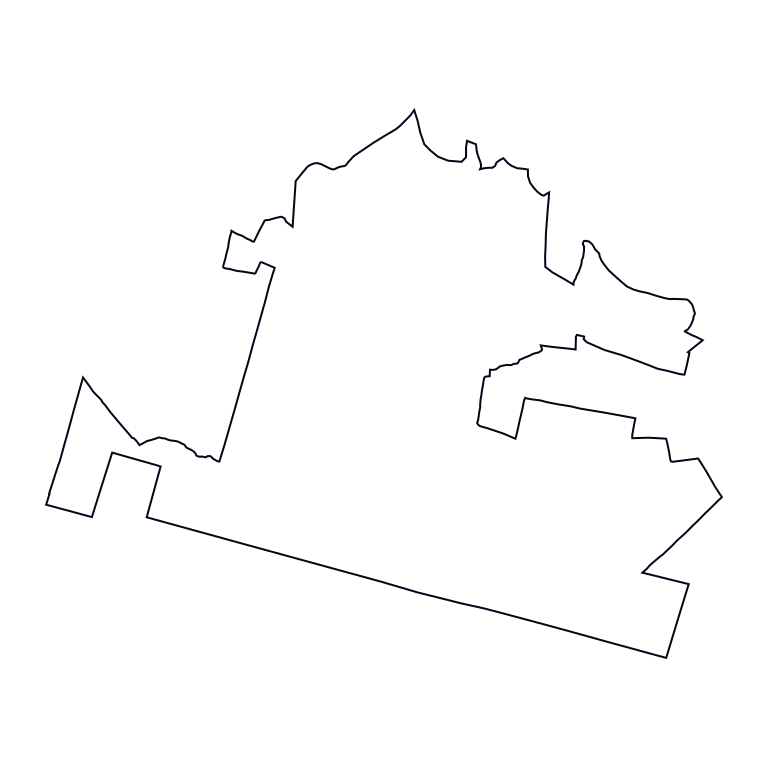 Osica De Jos, Olt, Romania
{"feature_id": "2599482B95058280592658", "entity_name": "Osica De Jos", "entity_type": "district", "adm_level": 2, "iso_a3": "ROU", "parent_name": "Romania", "parent_adm1": "Olt", "projection": "natural_earth1", "projection_center": [24.282, 44.226], "detail": "fine", "context": "isolated", "style": "outline", "palette": "ink", "viewbox_px": 768, "rotation_deg": 0, "n_neighbors": 0, "source": "geoboundaries", "source_scale": "gbopen_adm2", "svg_char_len": 5684}
<svg xmlns="http://www.w3.org/2000/svg" viewBox="0 0 768 768"><path d="M666.2,657.9L676.6,623.6L682.4,604.6L685.6,594.3L688.7,584.1L669.9,579.5L642.4,572.7L646.9,568.7L650.0,565.1L655.7,560.2L660.1,556.5L662.9,554.5L666.8,550.7L672.1,545.7L677.2,540.4L685.6,532.9L692.2,526.2L696.8,521.8L701.0,517.6L705.4,513.1L709.6,509.1L715.5,503.3L718.5,500.3L721.9,497.2L721.6,496.6L720.2,494.6L715.1,486.8L709.9,477.7L707.4,473.3L703.5,466.9L700.6,462.3L698.1,458.5L682.0,460.6L672.7,461.8L670.9,461.4L670.3,459.6L669.6,455.3L669.1,452.0L668.4,448.6L667.4,443.6L666.1,438.7L659.9,438.3L648.5,437.7L632.3,438.2L632.2,435.3L634.1,424.6L635.4,418.3L604.9,412.7L600.8,412.0L585.5,409.5L580.2,408.6L571.5,406.5L564.8,405.4L559.0,404.5L547.1,402.2L540.4,400.4L531.5,399.3L526.5,398.4L525.1,397.9L523.9,401.1L522.5,408.6L520.3,418.0L519.5,421.2L518.1,427.9L517.4,431.0L516.0,436.6L515.4,438.7L503.7,433.7L494.3,430.5L487.4,428.2L480.2,426.2L478.2,424.8L477.2,422.9L478.2,419.5L479.1,413.4L479.3,411.5L479.8,409.3L480.2,407.3L480.1,405.5L480.3,402.9L480.6,399.3L481.4,395.1L481.8,391.6L482.2,389.3L482.7,386.8L483.5,381.3L484.2,377.9L485.3,376.7L487.2,376.4L489.7,376.2L490.0,369.7L493.0,369.9L495.1,369.5L496.4,369.1L498.5,367.5L500.0,366.4L502.1,365.8L504.6,365.3L506.2,365.1L507.0,364.9L510.2,365.2L511.3,365.0L512.5,364.5L513.3,364.0L514.2,363.8L516.3,363.7L516.9,363.6L517.4,363.3L518.2,362.5L519.1,360.7L519.3,360.1L519.7,359.6L520.1,359.5L520.7,359.4L522.5,358.6L525.0,357.5L529.3,355.8L532.5,354.1L536.2,352.9L538.1,352.7L541.4,350.7L542.1,349.6L540.8,345.4L552.1,346.9L561.4,347.9L569.4,348.7L575.6,349.5L575.9,339.2L575.9,336.6L577.0,334.9L584.2,336.6L583.7,339.2L586.9,342.3L600.0,348.0L604.5,350.0L615.6,353.3L621.1,354.9L638.0,361.1L650.0,365.7L657.8,368.8L666.8,370.7L679.4,374.0L684.4,374.7L686.7,365.9L687.1,363.5L687.5,362.1L689.4,353.1L687.9,352.2L695.0,346.4L700.9,341.7L702.7,340.2L696.0,336.8L692.4,335.4L684.9,331.5L685.4,330.7L686.8,330.1L687.7,329.5L688.2,328.9L689.3,327.4L690.8,325.2L691.9,322.7L693.3,319.0L693.4,317.5L694.9,313.4L694.6,312.0L693.9,310.5L693.6,308.8L692.4,305.3L691.8,304.1L689.0,300.9L688.4,300.4L686.8,299.5L681.7,299.2L674.4,298.9L669.9,299.1L664.6,298.1L656.3,295.8L647.6,293.0L639.0,291.2L633.2,289.4L626.8,286.4L621.3,281.7L616.4,277.4L612.8,274.1L608.6,270.2L603.3,263.4L601.3,260.2L599.7,256.5L599.2,253.5L595.3,249.5L592.2,244.2L588.8,241.4L585.2,240.8L583.9,241.1L583.5,241.8L583.0,242.9L582.9,243.5L582.9,244.1L583.2,244.8L583.9,246.1L584.1,247.0L584.1,247.9L584.0,251.4L583.5,254.2L583.3,256.1L583.0,257.3L582.5,258.7L582.0,259.6L581.8,260.3L581.6,262.5L581.5,263.6L581.1,264.9L580.4,267.3L578.5,272.3L578.0,273.1L577.5,273.8L577.2,274.7L576.4,276.3L576.1,277.6L575.7,278.5L574.6,280.3L573.8,281.7L573.5,283.2L573.5,284.6L566.8,280.6L552.3,272.3L545.3,266.9L545.1,256.4L545.6,246.3L545.9,234.1L547.9,207.1L548.3,203.4L548.7,199.0L549.1,192.4L546.6,193.8L543.8,195.7L541.3,194.8L537.3,191.7L533.9,188.0L530.1,182.9L528.0,176.2L527.9,169.5L522.4,168.7L517.0,168.2L511.6,165.8L508.0,163.3L503.4,158.2L499.8,160.1L496.5,162.5L495.0,166.0L492.2,167.8L488.1,167.8L483.8,168.3L480.1,169.2L480.9,167.6L481.1,165.1L480.3,161.9L478.7,157.6L477.4,153.9L476.7,150.5L476.0,144.3L467.0,140.8L466.1,147.0L466.0,157.3L461.5,161.8L448.1,160.7L437.8,156.6L430.1,150.2L424.3,144.3L420.3,132.7L417.4,120.0L414.2,110.1L410.4,115.4L400.3,125.6L395.8,129.3L385.9,135.1L373.1,143.0L353.9,156.0L348.5,161.8L346.2,164.8L345.1,165.8L340.8,166.6L338.0,167.5L334.2,169.3L332.1,169.3L329.5,168.3L321.0,164.1L317.7,163.2L314.8,163.2L311.7,164.3L309.0,165.6L307.2,167.0L301.8,173.5L295.7,181.1L292.6,226.8L287.3,222.6L286.1,221.7L285.3,219.9L284.6,218.4L283.4,217.8L282.0,217.0L280.9,216.8L275.9,217.9L270.3,219.5L268.9,220.0L266.4,220.1L265.2,220.3L264.4,221.0L261.9,225.9L259.6,230.1L256.8,235.8L255.5,238.5L254.1,241.4L253.5,241.7L252.6,241.5L250.5,240.2L248.6,239.4L246.8,238.6L244.7,237.3L243.5,236.5L241.8,235.7L239.9,235.0L238.2,234.4L236.3,233.6L234.5,232.6L232.6,231.5L231.5,230.8L231.3,232.4L231.0,233.2L230.2,235.9L229.5,238.6L229.2,240.2L228.5,244.0L228.3,246.4L227.8,248.5L226.9,251.9L226.0,255.3L225.6,257.6L224.9,260.2L223.6,264.5L223.2,266.4L223.3,267.4L224.4,268.1L226.0,268.5L229.2,268.9L236.9,270.9L243.5,271.7L248.9,272.6L252.4,273.2L254.6,273.6L255.4,273.3L256.3,271.3L257.8,268.3L258.9,266.1L259.6,264.2L260.2,262.8L260.7,262.3L261.6,262.2L274.7,267.8L273.0,273.1L270.5,281.4L269.1,285.9L267.1,293.7L264.8,302.7L263.6,306.9L257.9,327.2L252.6,345.8L250.3,354.4L247.8,363.6L243.7,377.4L239.7,391.5L236.0,404.8L234.1,411.4L224.5,444.9L219.4,461.5L217.5,461.3L215.1,459.8L213.4,459.0L211.8,457.4L210.8,456.4L209.3,456.0L207.5,456.2L206.4,456.8L205.7,457.4L204.1,457.0L202.2,456.5L201.1,456.7L199.1,456.6L197.4,456.1L196.3,455.4L195.6,453.6L193.8,451.6L191.9,450.2L189.5,449.1L186.9,447.9L185.8,446.9L185.1,445.5L183.5,444.3L181.3,443.3L179.2,442.2L177.3,441.4L175.8,441.1L173.1,440.7L170.3,440.4L167.8,439.7L165.2,438.5L162.3,438.2L158.9,437.4L155.3,438.7L151.6,439.9L147.1,441.0L144.1,442.7L139.5,445.1L136.3,440.8L134.0,438.4L132.2,437.9L126.0,430.6L120.4,424.1L110.8,412.7L107.8,408.8L105.6,405.7L102.4,402.2L101.4,400.2L100.3,398.9L95.7,394.3L92.9,391.3L91.2,388.6L88.6,385.0L85.4,380.6L83.0,377.5L73.2,412.4L70.8,421.4L66.6,436.7L64.9,442.6L59.9,460.8L58.2,465.4L54.9,475.5L51.9,485.0L50.1,490.4L49.3,493.0L49.1,493.7L49.5,493.8L46.7,503.1L46.1,504.7L56.5,507.5L91.9,517.1L96.2,503.3L100.1,490.9L112.2,452.6L157.5,465.5L160.6,466.5L146.7,517.3L244.4,544.2L381.5,581.8L417.1,592.3L460.5,603.2L469.0,605.1L478.2,607.1L485.6,608.8L528.5,620.2L554.9,627.3L597.2,639.0L606.8,641.7L651.8,654.0L666.2,657.9Z" fill="none" stroke="#020617" stroke-width="2"/></svg>